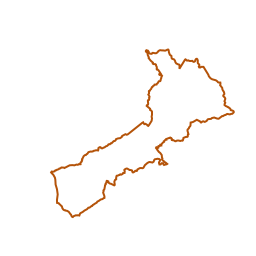 the district of Araguaína, Tocantins, Brazil, rotated 324°
{"feature_id": "56859067B12286384319229", "entity_name": "Araguaína", "entity_type": "district", "adm_level": 2, "iso_a3": "BRA", "parent_name": "Brazil", "parent_adm1": "Tocantins", "projection": "orthographic", "projection_center": [-48.582, -7.252], "detail": "fine", "context": "isolated", "style": "outline", "palette": "amber", "viewbox_px": 256, "rotation_deg": 324, "n_neighbors": 0, "source": "geoboundaries", "source_scale": "gbopen_adm2", "svg_char_len": 5966}
<svg xmlns="http://www.w3.org/2000/svg" viewBox="0 0 256 256"><g transform="rotate(324 128 128)"><path d="M26.6,146.9L27.5,147.8L27.8,148.5L27.7,149.1L28.1,150.3L28.1,151.3L28.4,152.0L28.4,152.6L27.7,154.6L27.8,156.3L28.4,157.4L29.0,157.8L29.1,158.3L30.1,159.3L30.8,161.0L30.8,164.1L31.0,164.6L30.6,165.8L30.6,167.0L31.0,167.6L32.2,167.4L34.6,168.0L35.4,168.8L36.2,169.1L37.2,170.2L39.0,169.0L40.1,169.0L41.8,169.3L44.3,169.2L47.1,169.6L49.1,169.2L50.1,169.8L52.8,169.7L53.2,170.0L54.3,169.6L55.3,169.8L56.0,169.7L58.8,170.0L60.0,169.5L61.2,169.8L63.9,169.8L65.6,170.5L67.2,170.4L67.8,170.7L68.5,169.9L69.0,168.8L69.9,165.7L71.3,164.6L71.5,164.0L72.8,163.7L75.4,161.3L75.7,160.8L76.9,160.5L77.2,159.8L78.7,159.4L79.1,158.7L79.7,158.3L80.3,158.8L80.7,159.7L80.0,160.4L80.7,162.3L81.5,163.2L83.1,166.3L83.7,166.3L84.2,165.7L85.3,163.5L86.6,162.6L87.1,162.4L87.8,162.6L88.5,162.4L88.7,161.8L90.3,160.2L90.8,160.0L91.7,160.5L92.9,160.7L93.7,161.1L94.5,160.9L95.2,161.8L96.7,162.0L97.7,161.5L98.8,162.3L100.0,161.0L100.3,159.8L100.9,159.6L102.2,159.7L103.1,160.0L103.6,160.5L104.6,162.9L105.6,163.7L106.3,164.8L105.8,165.9L105.7,166.6L106.1,167.0L107.6,167.2L108.6,166.9L109.1,167.1L109.8,167.9L110.4,167.8L110.7,167.4L111.3,167.1L113.9,167.4L115.0,168.0L116.0,169.0L116.5,169.2L117.2,169.2L119.8,168.0L123.2,167.7L125.1,168.0L125.6,168.3L127.5,170.3L129.0,170.3L130.2,169.4L131.3,169.1L133.9,170.3L135.1,171.6L135.3,172.6L134.3,173.4L132.9,174.0L132.5,174.5L132.0,176.0L132.9,176.6L134.3,176.3L134.9,176.4L135.5,177.5L135.3,178.3L135.4,179.1L136.4,179.4L138.0,180.1L138.6,180.1L138.0,177.7L137.5,177.1L137.3,176.4L137.5,175.8L137.2,175.3L137.0,173.8L137.3,173.2L138.0,172.8L138.1,171.9L139.4,169.7L139.4,167.1L138.9,165.4L138.9,164.0L138.8,163.3L139.0,162.8L138.9,160.6L139.7,160.2L140.4,160.7L140.2,161.4L140.5,161.7L141.0,161.8L142.1,160.6L142.6,161.0L143.3,161.2L143.8,160.8L144.1,161.5L144.6,161.7L144.8,160.7L145.4,160.9L147.6,160.3L149.0,160.4L149.3,159.8L149.9,159.9L150.6,159.6L151.5,159.6L152.1,160.0L152.4,159.4L155.3,160.2L155.8,160.6L156.5,160.5L156.8,161.1L157.1,161.5L157.1,162.5L156.6,162.8L156.4,163.4L156.9,163.7L157.0,164.2L157.5,164.4L158.4,166.4L158.9,166.8L159.7,166.8L160.8,167.3L161.8,168.1L162.6,169.2L164.3,169.8L164.7,170.3L165.4,170.1L167.1,168.6L169.5,169.2L170.7,170.0L171.3,170.0L172.7,168.4L173.3,168.5L174.5,165.2L175.3,164.3L177.1,164.0L177.8,163.4L179.3,163.1L179.9,162.8L181.9,160.4L183.7,161.2L184.5,161.4L188.5,161.8L190.2,165.1L190.1,166.2L190.5,166.6L192.0,166.5L192.8,166.8L193.7,168.2L195.7,168.5L197.5,167.9L198.1,168.0L200.5,169.4L201.8,169.3L202.3,169.5L203.9,170.2L205.6,172.7L206.5,173.6L207.0,173.8L211.2,173.7L211.8,174.2L213.6,174.3L214.7,174.8L216.0,174.8L216.7,175.1L218.4,176.9L219.7,177.2L220.8,177.8L222.7,177.5L223.2,176.8L223.2,176.2L222.7,175.2L221.6,173.9L222.0,172.9L222.0,172.1L221.5,170.8L221.5,170.2L221.0,169.8L220.6,168.6L220.0,167.7L219.6,166.1L220.5,165.2L221.5,164.8L221.8,163.0L223.4,162.0L224.1,161.2L224.2,159.9L224.0,159.3L223.9,158.1L224.3,157.6L225.8,157.2L226.3,156.5L226.9,154.7L226.8,153.6L227.1,152.2L227.8,150.9L227.7,147.5L228.7,146.7L229.4,145.5L228.1,144.5L227.7,143.9L227.7,142.8L227.1,141.0L224.7,138.0L224.0,136.3L223.8,133.7L224.3,132.1L225.0,122.9L223.2,121.6L221.9,121.5L221.2,120.8L221.4,119.9L222.3,119.5L222.8,118.9L222.9,118.4L222.6,116.8L222.8,116.2L224.2,114.3L224.5,113.1L224.4,112.5L223.9,112.2L223.4,112.2L222.4,112.6L221.7,113.3L220.9,113.4L220.1,113.2L219.7,112.6L219.5,111.5L218.0,110.6L217.1,109.8L216.4,108.6L215.7,108.4L215.1,107.8L215.1,106.8L214.8,106.2L214.1,106.3L204.4,110.3L206.6,107.6L206.7,106.9L206.1,106.2L205.0,104.2L205.0,102.7L205.5,101.4L205.6,100.1L205.5,99.4L204.4,98.0L204.4,97.1L205.5,95.1L205.0,93.8L204.9,93.1L205.4,91.8L205.4,91.2L206.6,89.0L206.7,88.3L206.0,87.8L203.8,87.4L202.8,86.7L201.9,85.7L201.3,85.4L199.7,83.9L198.0,83.6L196.3,84.1L194.9,84.1L193.9,83.5L192.5,82.0L191.9,81.6L191.3,81.9L190.6,81.8L189.5,80.8L189.2,80.1L189.0,79.3L189.5,78.7L189.6,77.2L188.6,75.9L187.8,76.1L187.4,76.7L187.7,77.4L187.8,78.5L187.6,79.2L186.8,80.8L186.4,83.1L185.8,83.5L185.9,86.7L186.6,89.8L185.9,90.4L186.1,91.2L187.7,92.5L187.8,93.3L187.4,94.0L187.1,95.7L185.8,97.2L185.8,97.7L186.3,97.8L186.4,98.6L186.6,99.3L186.4,103.1L185.7,102.7L185.1,102.7L184.7,103.1L184.9,103.8L186.1,104.6L186.2,105.8L184.8,106.4L184.5,107.0L182.8,108.1L182.2,108.8L181.6,109.0L180.3,108.3L178.3,109.2L177.2,109.2L176.6,109.6L175.0,108.5L174.4,108.9L173.0,108.8L171.8,109.2L171.3,109.0L169.7,110.0L168.6,110.1L167.6,110.7L166.7,110.4L166.3,110.8L165.6,112.1L165.2,112.5L164.1,112.9L163.9,115.2L163.3,115.8L162.7,116.0L162.4,116.9L161.5,117.6L160.6,117.3L160.1,117.6L158.6,120.2L158.1,120.7L157.2,121.0L156.6,120.7L156.1,121.1L157.2,125.4L156.5,126.3L157.1,127.7L157.0,128.9L155.2,131.4L153.7,132.8L153.1,134.3L151.3,136.1L146.6,138.0L145.6,138.2L145.3,137.6L145.3,136.6L144.6,134.9L143.5,134.5L143.4,133.7L143.6,132.3L142.5,132.2L124.0,133.0L123.0,132.7L122.3,131.5L118.6,131.0L117.7,131.6L115.7,131.6L113.7,130.5L111.7,130.0L110.9,130.6L110.2,130.7L109.6,130.7L108.7,130.2L105.7,130.7L105.3,130.3L103.7,130.5L103.4,130.1L103.0,129.9L102.4,129.8L101.8,130.1L100.5,130.2L99.2,129.8L97.7,129.9L96.6,129.5L95.3,129.4L94.9,129.1L94.5,128.6L94.5,127.5L94.2,127.1L93.6,126.8L92.2,126.9L91.2,128.2L90.6,128.6L89.7,127.7L88.6,127.0L87.6,126.7L86.6,126.2L85.8,126.3L84.5,125.6L84.0,125.1L81.8,124.3L79.9,125.0L79.3,124.8L78.0,125.1L77.7,124.8L76.9,124.6L75.3,124.8L74.1,125.6L72.8,126.0L72.3,126.4L72.3,126.9L71.5,127.2L71.1,127.8L70.3,128.1L69.7,128.0L69.0,128.3L68.3,129.4L67.7,129.1L67.4,128.6L66.9,128.3L65.8,128.3L64.8,127.3L62.7,126.7L61.3,125.4L58.9,123.9L53.1,123.0L52.9,122.4L50.9,120.8L49.6,120.9L48.6,120.4L48.0,120.6L46.6,120.3L46.0,120.0L45.0,120.0L44.5,119.6L43.8,119.6L43.2,119.9L41.6,119.3L40.7,118.4L39.7,118.7L39.7,119.6L40.1,121.8L39.7,125.2L38.9,127.0L36.2,131.2L34.6,135.7L32.1,140.4L28.3,144.4L26.6,146.9Z" fill="none" stroke="#b45309" stroke-width="2"/></g></svg>